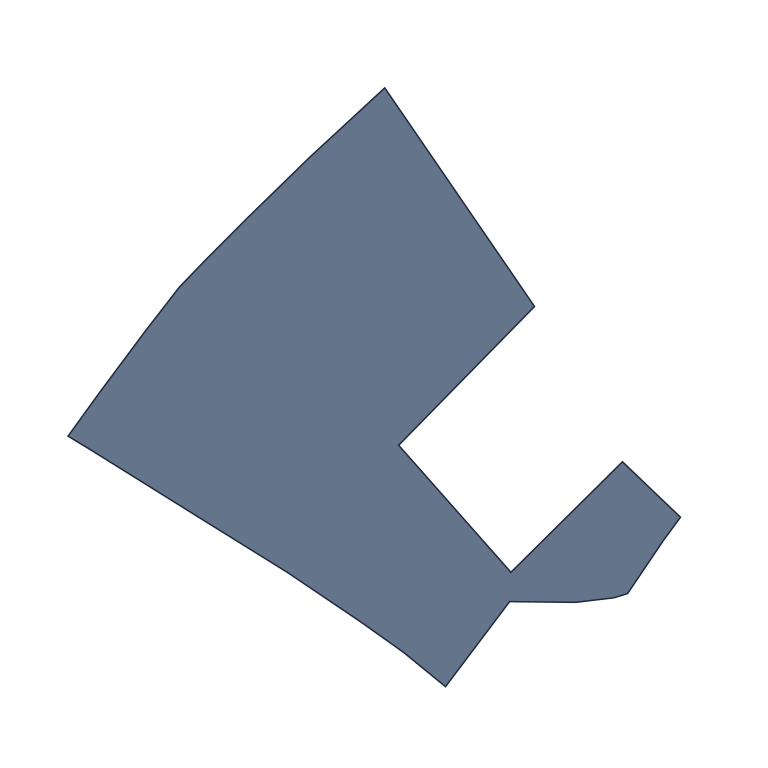 Arad, Arad, Romania (orthographic projection), rotated 6°
{"feature_id": "2599482B31785088370324", "entity_name": "Arad", "entity_type": "district", "adm_level": 2, "iso_a3": "ROU", "parent_name": "Romania", "parent_adm1": "Arad", "projection": "orthographic", "projection_center": [21.166, 46.054], "detail": "fine", "context": "isolated", "style": "filled", "palette": "slate", "viewbox_px": 768, "rotation_deg": 6, "n_neighbors": 0, "source": "geoboundaries", "source_scale": "gbopen_adm2", "svg_char_len": 539}
<svg xmlns="http://www.w3.org/2000/svg" viewBox="0 0 768 768"><g transform="rotate(6 384 384)"><path d="M405.0,443.4L501.1,322.1L525.6,291.2L495.6,255.9L363.3,100.6L353.8,89.4L336.8,108.8L287.2,165.3L231.8,231.9L192.8,280.2L170.3,309.1L140.9,356.6L103.0,420.5L75.2,468.9L100.2,480.7L222.0,540.0L307.4,581.4L384.9,622.6L431.5,648.9L476.8,678.6L531.7,587.3L597.6,581.1L635.3,572.5L648.2,566.9L678.2,510.5L692.8,485.5L661.0,461.0L629.3,436.4L579.6,497.2L529.9,558.0L405.0,443.4Z" fill="#64748b" stroke="#1e293b" stroke-width="1.5"/></g></svg>